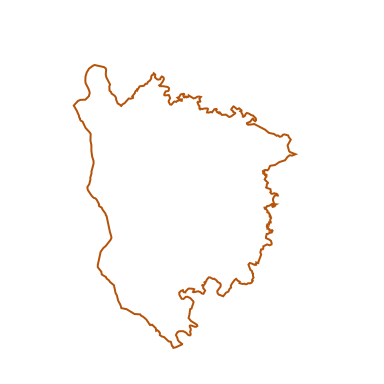 Bougouriba, Bougouriba, Burkina Faso, rotated 76°
{"feature_id": "67063806B9563364372336", "entity_name": "Bougouriba", "entity_type": "district", "adm_level": 2, "iso_a3": "BFA", "parent_name": "Burkina Faso", "parent_adm1": "Bougouriba", "projection": "albers", "projection_center": [-3.423, 10.888], "detail": "fine", "context": "isolated", "style": "outline", "palette": "amber", "viewbox_px": 384, "rotation_deg": 76, "n_neighbors": 0, "source": "geoboundaries", "source_scale": "gbopen_adm2", "svg_char_len": 6039}
<svg xmlns="http://www.w3.org/2000/svg" viewBox="0 0 384 384"><g transform="rotate(76 192 192)"><path d="M180.4,82.4L177.0,87.2L175.6,87.9L169.9,88.0L165.1,83.5L162.2,84.8L160.4,85.0L158.5,88.3L158.5,90.1L159.6,91.4L159.7,93.4L157.9,94.9L157.9,96.3L155.6,98.3L153.2,103.1L149.2,106.0L140.9,115.4L141.1,116.1L140.3,121.3L139.4,122.1L138.4,122.0L137.9,118.6L135.5,115.4L135.8,114.9L137.4,114.6L138.6,113.5L137.9,112.5L136.0,112.3L132.7,114.2L131.6,116.0L129.7,117.8L128.6,119.7L129.3,121.1L131.0,122.4L131.5,124.0L131.2,124.5L129.5,124.1L126.8,124.9L125.4,124.4L125.1,125.4L124.3,124.5L122.2,126.0L122.6,128.2L119.0,130.9L119.2,131.5L121.2,133.9L121.8,133.9L123.6,132.6L124.3,132.6L125.7,131.0L126.2,131.1L128.1,135.8L128.2,137.8L125.2,140.3L124.4,144.4L121.3,145.9L121.0,147.4L121.5,147.4L120.5,148.4L118.5,148.9L117.7,148.0L117.3,148.3L117.1,150.3L119.6,153.3L118.9,154.4L119.0,156.7L118.4,158.2L115.3,156.4L115.0,156.5L114.4,157.6L113.9,160.7L114.1,162.0L113.3,163.2L113.8,164.1L112.8,164.6L110.3,164.0L109.0,164.7L106.4,165.0L105.9,164.3L106.4,162.4L106.1,162.0L103.4,162.3L101.9,160.4L101.0,162.3L100.9,164.1L101.6,166.0L101.6,167.8L97.4,171.9L98.8,172.5L98.8,174.4L98.1,174.4L97.8,175.0L98.4,176.4L98.2,176.9L96.6,177.2L95.5,176.0L95.0,176.0L94.6,176.7L94.6,179.4L96.7,181.4L97.0,183.3L99.0,181.9L99.7,179.4L101.0,179.9L99.9,182.0L100.1,184.4L100.8,185.5L100.0,186.8L100.1,187.8L102.3,190.8L101.7,192.1L99.0,192.8L98.1,192.6L95.6,190.5L92.3,191.0L91.8,194.7L91.4,195.4L90.4,195.3L88.0,193.3L88.3,190.8L87.8,190.0L85.7,189.2L84.2,190.2L82.4,194.3L81.5,197.6L80.6,198.0L80.4,196.8L77.8,193.7L75.8,192.0L74.0,191.9L72.6,193.3L73.7,194.9L74.9,195.6L74.7,197.8L74.2,198.6L71.9,200.2L69.2,199.3L67.5,200.4L69.0,201.7L69.0,202.6L70.0,203.6L72.0,204.1L73.7,205.9L74.6,208.1L76.1,209.5L75.8,210.9L77.3,213.1L76.8,217.3L79.7,220.1L78.2,220.1L80.1,220.8L80.2,222.0L80.8,222.7L82.3,223.6L84.7,226.8L85.6,226.2L86.5,226.6L86.6,228.9L86.0,230.8L89.5,235.9L90.1,238.2L91.4,239.8L90.9,240.4L90.0,240.6L88.1,242.7L83.7,243.3L82.6,242.9L81.6,243.1L79.8,243.8L76.9,246.3L75.5,246.3L73.7,247.5L69.4,246.6L67.9,245.5L59.8,247.4L56.9,247.2L52.5,245.7L51.2,245.8L49.5,247.2L45.2,255.8L45.5,257.5L47.4,262.1L50.5,265.2L54.2,267.4L58.3,268.6L60.7,268.9L66.7,267.5L69.8,267.2L71.2,267.3L74.1,268.9L76.6,273.1L75.6,278.0L76.1,280.7L79.5,285.8L85.4,284.1L90.9,283.2L92.4,283.4L93.6,282.9L94.7,283.1L95.9,282.6L97.3,281.1L104.0,279.8L109.5,276.8L111.2,276.3L117.6,278.1L122.2,278.3L127.9,279.7L133.4,280.3L138.1,280.0L140.8,280.7L147.8,284.6L149.7,285.0L153.5,287.2L155.4,287.6L159.4,289.7L162.0,292.4L164.8,292.6L171.6,290.2L173.8,288.9L174.6,287.5L176.2,286.4L181.6,285.1L182.4,285.6L183.3,285.5L185.3,283.4L187.3,283.1L191.9,281.2L193.7,281.2L194.7,280.7L210.7,281.3L215.7,281.1L217.1,281.3L218.7,282.6L223.5,288.7L224.9,291.6L227.9,295.1L240.3,301.2L242.2,301.6L247.4,299.3L250.2,299.5L253.8,296.0L255.1,295.9L257.9,293.8L259.2,293.5L263.6,290.3L271.6,290.6L274.2,289.9L279.6,289.9L284.1,288.8L287.6,288.6L289.8,283.9L296.5,277.3L298.2,271.9L299.8,271.2L301.3,269.5L304.8,267.1L310.7,265.0L310.6,264.6L311.2,264.1L311.1,262.8L314.5,260.7L315.5,260.1L318.0,260.3L317.7,259.2L318.6,258.3L320.8,257.3L323.2,257.8L325.0,256.0L326.0,254.2L331.3,250.8L332.2,248.8L336.5,248.6L337.4,247.9L338.7,247.8L338.8,245.5L337.5,238.6L337.1,238.3L334.1,240.7L332.4,241.5L330.0,241.5L326.9,242.2L324.7,240.2L324.0,238.2L324.9,234.2L327.0,231.8L329.7,230.3L330.5,229.2L330.6,228.4L330.2,227.9L329.1,227.6L327.1,227.7L325.9,226.7L324.3,226.3L322.2,226.8L321.2,226.5L321.0,226.1L321.5,224.8L323.5,221.8L323.8,220.7L323.2,219.2L321.9,219.4L316.9,224.2L313.4,225.8L310.5,224.2L305.2,222.1L305.1,220.8L299.5,217.2L298.6,217.1L294.6,219.3L292.5,221.8L292.3,223.5L293.7,226.1L293.1,227.9L288.8,229.1L286.5,228.7L285.2,226.3L285.1,224.6L286.1,224.7L287.2,224.2L287.8,222.7L287.0,222.4L285.1,219.2L284.9,218.4L286.0,214.9L286.9,213.4L289.2,215.2L289.7,214.5L289.8,210.1L291.1,208.2L293.1,206.7L293.5,205.5L290.8,203.1L287.9,204.4L286.5,203.9L285.2,204.7L284.8,204.4L285.4,203.4L283.9,201.3L283.5,201.0L282.6,201.6L282.0,199.8L280.6,198.8L278.9,196.4L279.2,195.2L281.5,192.6L281.5,191.4L284.0,189.4L285.1,189.2L287.6,186.7L289.2,186.6L290.7,187.2L294.2,191.4L295.1,191.6L296.4,191.6L298.0,190.9L300.7,186.9L298.0,183.5L297.4,180.8L295.0,178.9L294.2,177.2L292.8,177.2L291.0,175.9L287.8,172.1L286.9,170.2L289.1,169.1L290.6,167.4L291.9,168.0L293.5,165.1L293.6,163.5L294.4,162.5L294.7,161.3L294.1,159.7L294.7,157.5L294.3,156.0L292.9,154.6L292.5,155.1L291.8,155.0L289.9,153.0L288.0,153.1L285.9,152.5L285.2,153.1L283.4,152.9L281.5,154.2L276.1,154.8L274.9,153.2L275.7,151.6L278.0,148.7L278.1,147.5L277.1,147.5L277.0,146.7L276.0,146.6L277.0,144.9L275.8,144.4L269.4,140.0L267.2,140.3L265.2,139.3L264.4,138.8L264.7,137.2L263.6,136.3L262.0,136.0L261.0,131.8L262.5,129.6L262.1,127.5L260.8,127.1L258.5,127.2L256.7,128.7L254.7,131.3L253.8,131.2L250.8,129.7L251.0,128.4L250.5,126.8L250.5,124.4L249.5,123.5L249.0,123.2L248.4,123.5L248.3,126.2L246.8,125.9L245.8,127.7L244.6,126.8L244.6,127.6L243.5,127.8L241.9,126.9L242.3,126.3L241.4,125.6L241.9,125.0L240.1,124.5L240.7,123.1L240.1,122.8L238.9,123.1L237.7,122.8L236.3,121.5L235.1,122.3L234.7,121.6L234.1,121.7L233.7,122.4L232.5,121.9L231.1,122.8L230.5,122.6L229.8,123.8L228.6,123.3L226.6,124.2L225.9,125.4L224.7,125.4L224.9,123.5L223.9,122.6L224.0,120.2L222.9,117.2L223.1,116.6L225.3,117.6L226.0,117.3L225.9,115.5L225.6,115.0L224.8,115.7L224.3,113.4L223.8,114.7L222.9,115.2L219.4,115.4L218.0,114.9L216.2,113.4L215.0,111.3L215.1,110.6L216.1,110.2L216.2,109.6L215.0,109.7L214.0,110.6L213.7,111.9L213.1,112.4L213.2,114.7L212.9,115.4L211.3,116.1L210.8,115.4L208.2,115.2L205.9,118.8L205.4,119.0L204.7,118.2L202.5,117.5L201.9,116.3L201.3,116.1L197.5,118.5L195.3,116.7L195.1,116.1L193.6,115.6L193.3,116.8L192.7,116.4L191.4,118.4L189.3,118.1L190.2,117.0L188.4,116.6L188.3,115.7L189.2,113.4L188.1,111.9L185.6,110.0L185.5,109.4L185.9,104.9L184.1,100.0L183.7,94.0L181.1,90.9L180.0,88.3L180.9,86.1L180.4,82.4Z" fill="none" stroke="#b45309" stroke-width="2"/></g></svg>